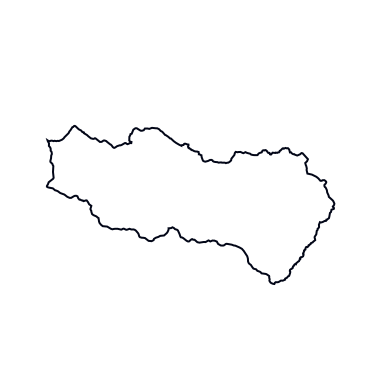 Acevedo, Huila, Colombia (Mercator projection), rotated 55°
{"feature_id": "7082276B6986127045268", "entity_name": "Acevedo", "entity_type": "district", "adm_level": 2, "iso_a3": "COL", "parent_name": "Colombia", "parent_adm1": "Huila", "projection": "mercator", "projection_center": [-75.971, 1.706], "detail": "fine", "context": "isolated", "style": "outline", "palette": "ink", "viewbox_px": 384, "rotation_deg": 55, "n_neighbors": 0, "source": "geoboundaries", "source_scale": "gbopen_adm2", "svg_char_len": 6034}
<svg xmlns="http://www.w3.org/2000/svg" viewBox="0 0 384 384"><g transform="rotate(55 192 192)"><path d="M317.2,166.0L316.4,165.4L316.4,165.1L316.7,163.4L316.2,161.8L316.4,160.5L314.8,158.3L313.8,157.3L312.8,157.2L312.0,156.3L311.9,155.5L312.1,154.5L312.0,153.1L311.5,152.8L311.4,152.4L310.9,151.9L310.8,150.5L310.4,150.2L310.2,149.6L310.2,148.8L310.8,148.3L310.4,147.9L310.0,147.0L310.1,146.2L309.9,145.2L310.0,144.0L309.3,142.9L309.2,142.0L308.4,141.8L308.3,141.2L307.9,141.0L307.9,140.1L308.3,139.7L308.4,137.9L307.5,136.7L306.9,136.3L306.6,136.5L306.4,136.3L306.1,136.3L305.8,135.9L305.8,135.6L305.3,135.0L305.1,134.3L304.2,133.8L304.0,132.9L304.2,132.7L304.2,132.1L303.4,131.5L302.7,130.5L302.6,129.9L302.8,129.5L303.4,129.0L303.1,127.9L302.5,127.0L302.9,126.6L302.5,125.4L302.7,124.8L302.1,123.9L302.5,122.1L302.2,121.1L302.1,118.7L300.9,118.1L299.8,117.8L299.0,117.1L298.0,114.5L295.4,112.1L295.0,110.7L294.2,110.2L294.0,108.7L293.6,108.0L291.6,106.8L290.1,104.5L290.6,104.2L291.2,103.3L291.6,101.8L291.8,100.0L292.0,99.5L292.5,99.0L292.3,97.9L291.8,97.7L292.0,97.2L292.0,94.9L291.2,93.9L288.3,91.0L288.1,89.6L286.5,87.9L287.2,85.6L286.8,85.1L286.1,84.8L285.5,85.1L284.7,85.0L284.1,83.0L283.1,82.0L280.5,81.5L279.3,81.6L274.5,82.7L273.2,82.1L269.9,81.5L267.9,80.5L265.8,80.1L264.8,80.0L264.1,80.3L263.0,80.1L262.1,79.4L261.8,77.8L261.2,76.6L260.5,76.2L259.2,76.4L258.1,76.9L257.2,78.4L257.3,79.0L257.0,79.7L256.4,80.4L253.3,80.7L250.9,81.4L246.5,83.8L243.1,86.9L239.7,85.5L238.5,84.4L236.2,83.5L235.4,83.4L233.2,82.6L232.8,80.1L231.6,78.2L223.7,79.2L222.9,80.0L223.1,81.9L222.5,84.8L222.2,85.1L220.3,86.4L219.6,86.6L219.3,87.2L218.7,87.6L217.2,88.2L216.4,88.1L215.7,88.6L215.6,89.0L212.9,88.0L211.1,88.3L210.6,89.3L209.5,90.2L209.2,92.0L208.4,92.3L208.3,93.1L208.8,95.8L208.6,96.5L209.2,97.3L209.4,98.1L208.9,98.8L208.8,99.8L207.8,100.7L207.9,101.2L206.0,103.5L206.3,104.3L206.6,105.9L205.8,106.5L205.2,106.2L204.4,106.1L204.1,106.4L204.0,106.8L203.2,107.3L201.7,107.1L201.4,107.3L200.4,107.4L199.6,108.0L199.5,108.8L198.7,109.7L198.6,110.5L199.5,112.2L199.0,113.6L198.7,115.2L198.8,115.8L199.3,116.9L199.2,117.5L197.0,120.5L195.3,122.1L194.0,122.4L191.7,124.4L190.0,125.4L189.7,127.6L189.4,127.9L187.0,129.3L185.8,131.2L185.7,131.7L184.2,133.2L184.6,134.5L186.0,136.1L187.3,140.6L188.6,141.9L188.9,144.2L188.7,145.7L188.2,146.3L187.8,147.7L186.9,148.2L185.1,150.7L184.5,151.1L183.1,153.5L182.2,154.0L180.7,155.8L179.7,156.7L178.7,157.2L177.8,157.1L176.9,157.6L176.1,158.8L175.8,161.0L174.8,163.7L174.0,164.4L173.0,165.0L171.9,164.9L169.0,164.1L167.3,163.2L166.4,163.9L165.3,164.2L165.0,164.7L164.2,164.1L163.3,164.0L162.9,163.7L162.5,164.1L161.9,164.5L160.7,166.0L159.7,166.8L158.0,167.6L157.6,168.1L156.7,168.2L156.5,168.6L154.5,169.0L153.9,169.3L154.0,169.5L153.7,169.6L152.6,169.3L151.9,168.2L151.1,167.7L150.3,168.6L148.8,169.6L148.2,170.4L148.1,170.8L148.6,172.0L147.7,173.7L147.6,174.2L147.8,174.3L146.1,175.3L142.6,176.9L140.0,177.8L136.1,178.6L135.6,179.2L133.1,179.8L130.5,180.8L129.9,181.3L125.6,181.8L124.1,182.6L121.6,183.0L119.8,184.0L119.3,184.8L116.5,188.0L115.8,190.8L114.5,192.0L113.0,194.2L113.7,196.1L113.1,197.9L112.3,198.9L108.1,200.7L107.3,201.8L107.3,204.3L109.7,208.0L109.3,209.2L110.2,210.2L110.8,211.6L113.9,213.9L115.1,213.8L116.3,212.9L117.1,213.7L116.4,214.6L115.9,217.3L114.8,218.0L113.9,218.2L113.4,219.0L113.1,222.6L112.8,223.8L112.3,224.4L111.5,227.1L111.5,229.3L111.2,230.5L109.9,231.1L107.9,231.1L106.7,231.3L106.0,231.7L102.3,232.8L101.2,233.0L99.7,234.0L99.1,235.0L99.1,237.2L98.2,238.7L92.7,240.3L92.2,240.9L92.2,241.8L91.7,242.6L90.1,244.0L86.8,245.0L85.2,245.3L81.8,246.8L81.4,246.4L81.0,246.4L80.0,247.4L79.2,247.5L78.2,247.5L75.7,248.8L71.3,249.7L70.6,250.1L70.3,250.8L70.6,251.9L70.3,252.8L71.7,256.2L72.1,257.8L73.0,259.3L74.0,265.1L74.5,266.4L74.6,268.6L73.9,271.8L73.1,272.6L72.5,274.0L71.2,275.2L71.0,276.1L69.5,277.4L69.0,278.3L68.8,279.2L68.1,280.2L66.8,280.7L67.8,281.0L70.1,281.2L72.2,282.8L74.2,282.6L75.6,283.0L77.1,284.1L78.4,284.0L79.4,284.4L80.5,285.0L81.4,286.4L83.6,288.2L85.4,290.3L86.1,290.7L87.7,290.5L88.6,290.2L90.1,290.6L91.2,290.7L95.9,294.4L101.0,297.2L101.5,298.1L101.8,303.8L103.0,305.5L103.8,307.3L104.4,307.8L105.3,307.5L106.3,306.7L109.2,303.9L112.0,303.2L113.1,302.3L114.3,301.5L117.3,300.5L120.9,298.0L124.5,296.9L126.6,295.6L127.5,294.3L127.7,291.2L128.0,290.0L128.8,288.9L129.8,288.3L132.1,288.8L133.7,288.6L134.0,288.0L135.6,287.2L136.3,286.3L137.0,286.3L137.3,286.1L138.0,283.8L138.5,283.1L140.7,283.0L143.1,283.3L145.6,282.4L147.7,285.0L149.0,285.3L149.6,285.3L150.5,285.8L152.8,286.5L154.4,286.0L157.2,284.3L158.9,283.9L159.7,283.5L162.9,285.1L164.4,285.5L166.8,285.3L168.8,284.7L171.7,281.3L175.5,279.6L176.9,278.6L177.6,276.8L179.5,274.0L182.2,271.6L182.4,271.1L182.4,270.1L182.9,268.9L185.2,267.6L185.7,266.6L186.3,264.3L187.9,263.2L189.1,261.4L190.1,260.6L191.5,260.1L194.7,259.8L195.8,259.9L198.2,260.7L199.1,260.6L200.6,259.4L201.6,258.1L202.8,256.9L207.1,255.6L209.1,253.3L209.4,251.1L208.6,250.0L208.7,247.9L209.5,245.3L209.7,243.2L211.6,239.8L211.2,236.3L210.9,235.3L209.9,233.5L208.9,232.3L208.3,232.0L209.6,229.8L209.7,228.3L211.1,227.5L212.7,227.2L214.4,225.9L215.4,225.6L219.2,226.3L221.9,227.1L222.7,227.1L223.6,226.2L224.8,225.6L228.9,224.4L230.3,223.6L230.8,222.7L230.5,220.4L230.5,219.4L230.9,218.7L231.7,218.5L232.6,217.3L236.2,216.4L237.8,214.9L239.7,211.0L240.8,209.6L241.1,206.3L241.5,206.0L243.0,205.4L243.5,203.1L244.6,201.6L246.8,200.1L249.5,200.4L252.3,199.1L253.2,198.0L254.0,196.7L254.0,194.0L254.4,193.2L258.0,189.6L259.7,188.5L260.8,187.3L264.7,184.9L267.2,183.7L270.0,183.4L276.3,183.6L278.6,184.4L281.0,185.9L282.5,186.3L283.4,186.3L285.5,185.6L288.1,185.7L290.0,185.6L292.2,183.8L294.0,183.7L296.3,182.1L297.1,181.8L298.5,181.7L301.4,178.6L302.1,178.1L305.0,177.0L305.7,177.3L306.6,178.0L308.0,178.4L308.8,179.3L309.6,179.6L311.1,179.6L312.1,179.3L313.8,178.2L314.6,177.3L313.9,176.2L313.9,175.1L314.8,174.0L315.4,172.8L315.6,169.9L316.7,168.5L317.2,166.0Z" fill="none" stroke="#020617" stroke-width="2"/></g></svg>